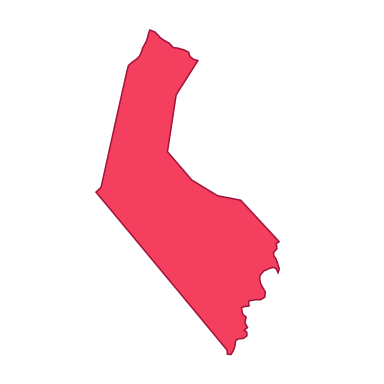 the district of Bernardo do Mearim, Maranhão, Brazil, rotated 35°
{"feature_id": "56859067B26424941839767", "entity_name": "Bernardo do Mearim", "entity_type": "district", "adm_level": 2, "iso_a3": "BRA", "parent_name": "Brazil", "parent_adm1": "Maranhão", "projection": "mercator", "projection_center": [-44.665, -4.668], "detail": "fine", "context": "isolated", "style": "filled", "palette": "rose", "viewbox_px": 384, "rotation_deg": 35, "n_neighbors": 0, "source": "geoboundaries", "source_scale": "gbopen_adm2", "svg_char_len": 1068}
<svg xmlns="http://www.w3.org/2000/svg" viewBox="0 0 384 384"><g transform="rotate(35 192 192)"><path d="M121.5,81.0L116.9,82.4L112.7,82.2L109.0,79.4L103.8,80.2L97.8,82.3L93.8,84.5L88.0,83.1L82.3,83.8L77.3,83.8L74.0,82.9L69.7,82.2L64.5,83.5L65.4,86.7L66.6,90.0L68.0,94.1L68.5,98.1L69.0,102.5L70.4,106.8L71.1,111.1L70.2,115.4L68.3,120.7L67.4,124.9L69.3,130.1L85.2,168.8L114.8,240.2L113.4,247.2L136.7,253.5L215.4,275.0L255.2,285.9L259.0,286.9L311.3,301.4L314.0,304.6L317.2,302.7L316.8,297.8L315.7,293.8L312.9,288.5L314.5,285.5L318.0,282.6L319.5,278.3L317.4,275.5L314.0,275.1L315.2,271.2L310.2,268.6L308.1,263.4L303.8,263.1L298.8,258.3L300.9,255.6L304.1,252.7L300.9,248.9L305.4,244.1L310.1,240.8L311.9,236.4L309.5,231.9L306.4,230.4L302.8,228.8L300.2,227.2L296.8,223.8L295.6,220.8L296.1,215.5L299.3,210.2L301.7,207.2L304.8,206.5L308.8,208.8L307.6,204.9L303.1,201.4L299.0,198.5L295.9,197.5L293.5,194.8L294.2,189.8L290.6,185.9L291.9,182.7L236.6,170.8L215.1,180.4L185.1,182.3L148.8,173.1L123.3,121.5L121.5,81.0Z" fill="#f43f5e" stroke="#9f1239" stroke-width="1.5"/></g></svg>